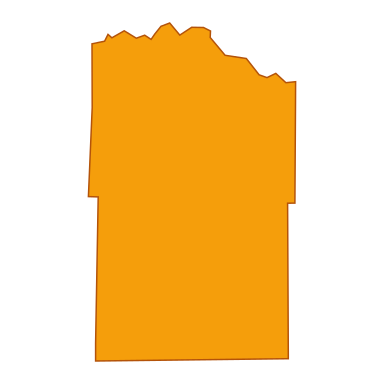 Mineral, Colorado, United States of America (Albers equal-area conic projection)
{"feature_id": "52423323B56344339694103", "entity_name": "Mineral", "entity_type": "district", "adm_level": 2, "iso_a3": "USA", "parent_name": "United States of America", "parent_adm1": "Colorado", "projection": "albers", "projection_center": [-106.92, 37.684], "detail": "fine", "context": "isolated", "style": "filled", "palette": "amber", "viewbox_px": 384, "rotation_deg": 0, "n_neighbors": 0, "source": "geoboundaries", "source_scale": "gbopen_adm2", "svg_char_len": 511}
<svg xmlns="http://www.w3.org/2000/svg" viewBox="0 0 384 384"><path d="M288.3,354.1L287.6,203.2L294.9,203.1L295.5,103.9L295.6,81.7L285.9,82.7L275.8,73.4L267.0,77.6L259.1,74.8L246.3,58.5L225.1,55.3L210.2,37.5L210.5,31.0L203.5,27.5L191.7,27.3L179.8,35.1L169.7,23.0L161.0,26.3L154.9,33.9L151.1,39.4L144.7,35.2L136.3,38.2L124.2,30.8L111.9,37.8L108.0,34.4L104.6,41.2L92.0,43.8L92.2,107.7L88.4,196.6L98.2,196.9L95.6,343.2L95.6,361.0L288.3,358.7L288.3,354.1Z" fill="#f59e0b" stroke="#b45309" stroke-width="1.5"/></svg>